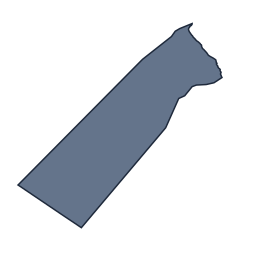 Daba, Matruh, Egypt, rotated 46°
{"feature_id": "37247803B11415934472050", "entity_name": "Daba", "entity_type": "district", "adm_level": 2, "iso_a3": "EGY", "parent_name": "Egypt", "parent_adm1": "Matruh", "projection": "albers", "projection_center": [28.255, 29.877], "detail": "fine", "context": "isolated", "style": "filled", "palette": "slate", "viewbox_px": 256, "rotation_deg": 46, "n_neighbors": 0, "source": "geoboundaries", "source_scale": "gbopen_adm2", "svg_char_len": 1852}
<svg xmlns="http://www.w3.org/2000/svg" viewBox="0 0 256 256"><g transform="rotate(46 128 128)"><path d="M144.2,64.8L142.8,53.1L144.6,49.0L151.1,41.5L155.2,34.7L156.9,25.8L157.0,25.3L156.8,25.2L156.7,25.2L155.9,25.0L155.0,24.6L154.6,24.4L154.0,24.2L153.4,24.0L153.3,23.7L153.2,23.4L152.9,23.2L152.8,22.7L152.5,22.3L151.7,22.2L151.3,22.1L150.7,21.9L150.4,21.7L150.0,21.3L149.9,21.0L149.6,21.0L148.9,21.0L148.0,21.2L147.7,21.2L147.3,21.1L147.1,21.0L146.6,20.9L146.2,20.9L146.0,20.5L145.8,20.4L145.4,20.3L144.9,20.3L144.1,20.2L143.6,20.0L143.4,20.0L143.2,19.7L143.1,19.4L143.3,19.1L143.2,19.0L142.9,19.0L142.6,19.0L142.4,19.0L142.0,18.9L141.6,18.5L141.0,18.2L140.3,17.7L139.6,17.5L139.2,17.7L138.0,17.9L137.5,18.0L136.7,18.2L136.0,18.4L135.5,18.6L134.8,18.8L134.2,19.0L133.5,19.2L132.7,19.4L132.2,19.5L131.7,19.6L131.3,19.6L130.9,19.6L130.2,19.4L129.4,19.3L129.0,19.2L128.3,19.1L127.5,19.1L127.0,19.1L126.5,19.0L125.9,19.1L125.4,19.1L124.8,19.0L124.2,19.0L123.5,19.1L122.7,19.1L122.4,19.1L121.9,19.0L121.6,18.8L121.3,18.7L120.7,18.5L120.5,18.4L120.2,18.3L119.9,17.9L119.5,17.6L119.2,17.5L118.4,17.7L117.9,17.6L117.5,17.5L117.2,17.5L116.6,17.5L116.0,17.6L115.7,17.6L115.3,17.6L114.6,17.7L114.1,17.8L113.4,18.0L113.1,18.0L112.5,18.0L111.5,18.1L111.3,18.0L111.1,17.9L110.7,18.0L110.3,17.9L109.9,17.9L109.4,17.9L108.7,18.0L108.2,17.9L107.6,18.0L107.4,17.9L107.2,17.8L107.0,17.7L106.3,17.6L105.3,17.7L104.8,17.5L104.4,17.5L103.6,17.4L103.0,17.3L102.3,17.1L101.7,17.1L101.3,17.0L100.6,16.7L99.8,16.4L99.5,16.2L99.0,15.9L98.6,15.3L98.4,15.0L98.4,14.6L98.3,14.1L98.3,13.7L98.1,13.4L98.0,13.2L97.8,13.0L98.0,12.5L98.0,12.1L98.0,11.8L98.2,11.4L98.2,11.2L98.1,10.6L98.0,10.3L97.8,9.7L97.4,9.3L92.4,21.8L91.2,26.8L92.4,33.2L88.7,69.8L92.6,246.7L143.6,235.9L167.3,230.8L154.0,100.7L142.0,71.0L144.2,64.8Z" fill="#64748b" stroke="#1e293b" stroke-width="1.5"/></g></svg>